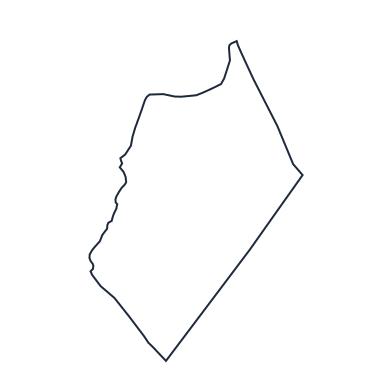 the district of Al Fao, Gedarif, Sudan, rotated 44°
{"feature_id": "16777658B5270052963378", "entity_name": "Al Fao", "entity_type": "district", "adm_level": 2, "iso_a3": "SDN", "parent_name": "Sudan", "parent_adm1": "Gedarif", "projection": "natural_earth1", "projection_center": [34.062, 14.059], "detail": "fine", "context": "isolated", "style": "outline", "palette": "slate", "viewbox_px": 384, "rotation_deg": 44, "n_neighbors": 0, "source": "geoboundaries", "source_scale": "gbopen_adm2", "svg_char_len": 1313}
<svg xmlns="http://www.w3.org/2000/svg" viewBox="0 0 384 384"><g transform="rotate(44 192 192)"><path d="M134.8,59.2L132.1,58.2L123.0,54.5L119.3,52.4L117.7,56.4L117.4,57.2L117.2,57.7L117.2,57.8L117.1,58.2L117.0,59.6L117.0,59.8L117.0,60.1L117.0,60.5L118.5,62.7L127.9,71.0L135.1,85.6L136.3,88.1L137.9,94.2L134.8,102.8L130.9,112.8L127.9,119.4L121.1,127.4L118.0,131.0L113.3,135.3L110.8,136.9L103.4,141.5L99.4,145.6L93.8,151.4L93.6,153.3L93.4,154.9L94.4,158.7L98.4,167.2L102.7,176.6L103.7,179.0L104.6,180.8L105.4,182.7L105.8,183.7L106.7,185.6L110.8,193.5L115.9,201.1L117.9,211.5L117.0,217.4L118.2,218.2L118.3,218.3L121.9,220.0L122.9,224.4L128.9,225.1L133.8,227.3L137.8,230.6L137.9,230.8L138.1,231.7L138.2,232.2L138.4,232.9L138.5,233.3L138.5,237.0L138.5,237.7L139.5,243.2L140.8,248.0L142.0,250.4L144.3,252.5L146.7,252.7L147.3,253.8L149.1,256.4L150.8,261.7L152.2,264.8L154.3,268.6L153.2,272.2L154.1,274.6L156.4,277.3L156.9,281.7L157.4,285.4L159.9,291.2L160.2,298.9L160.6,303.4L161.8,308.0L164.1,310.7L166.8,312.0L170.9,312.8L172.4,313.7L174.2,316.2L174.1,319.5L177.8,321.0L191.6,323.2L209.8,322.1L233.1,325.2L258.0,329.1L265.2,330.7L271.1,330.7L290.6,331.6L273.6,193.0L268.1,157.4L265.1,137.8L259.8,103.0L245.4,101.7L207.7,85.3L158.2,68.3L137.7,60.4L134.8,59.2Z" fill="none" stroke="#1e293b" stroke-width="2"/></g></svg>